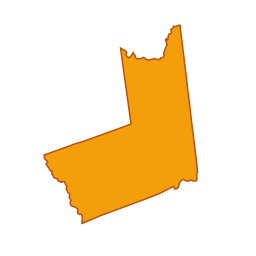 São José dos Quatro Marcos, Mato Grosso, Brazil (Equal Earth projection), rotated 336°
{"feature_id": "56859067B37097100035842", "entity_name": "São José dos Quatro Marcos", "entity_type": "district", "adm_level": 2, "iso_a3": "BRA", "parent_name": "Brazil", "parent_adm1": "Mato Grosso", "projection": "equal_earth", "projection_center": [-58.29, -15.532], "detail": "fine", "context": "isolated", "style": "filled", "palette": "amber", "viewbox_px": 256, "rotation_deg": 336, "n_neighbors": 0, "source": "geoboundaries", "source_scale": "gbopen_adm2", "svg_char_len": 2695}
<svg xmlns="http://www.w3.org/2000/svg" viewBox="0 0 256 256"><g transform="rotate(336 128 128)"><path d="M71.0,120.7L67.3,120.6L42.9,118.7L40.3,118.5L40.3,120.0L39.2,121.3L39.6,122.9L40.2,124.4L40.6,125.7L40.5,127.0L39.5,127.1L38.6,127.4L38.6,129.1L38.9,130.4L39.5,132.3L39.4,134.1L39.7,135.6L41.1,136.6L40.4,137.9L39.6,139.3L40.2,141.0L40.1,143.1L41.2,144.3L41.9,145.1L43.0,145.7L42.7,148.0L43.9,148.9L44.6,150.4L45.5,150.7L46.5,150.2L47.7,150.8L48.2,152.3L47.9,154.5L48.8,156.0L48.0,156.9L47.1,157.7L46.8,159.3L46.9,160.9L46.8,162.6L47.7,163.9L47.6,165.8L46.4,166.7L45.9,168.1L46.5,169.5L46.4,171.3L45.5,171.8L44.6,172.9L44.3,174.8L45.0,176.4L45.8,177.4L47.1,178.3L48.0,179.5L48.5,180.5L48.9,181.6L48.8,183.1L47.6,184.1L47.4,185.7L48.5,187.0L49.5,187.5L50.4,188.3L50.1,189.9L49.8,191.5L49.0,193.1L48.2,194.3L47.5,195.2L47.2,196.5L52.1,196.6L58.1,196.8L66.0,196.8L79.8,197.7L92.2,198.5L102.4,199.2L103.6,199.2L104.6,199.3L117.1,200.1L119.2,200.2L123.9,200.4L125.6,200.5L127.7,200.6L128.7,200.7L132.9,200.5L138.4,200.2L139.7,200.1L145.9,199.9L146.0,201.3L145.9,202.7L147.6,203.3L149.9,202.5L150.6,201.4L151.6,200.6L152.6,199.1L153.7,198.4L156.2,197.4L157.8,197.6L158.6,198.7L159.3,199.9L160.2,200.5L161.3,200.7L162.5,201.3L163.9,201.1L164.8,201.4L165.8,202.7L167.4,203.7L168.7,204.0L170.4,202.6L170.9,200.7L172.0,198.0L173.5,196.9L176.2,188.6L176.9,186.4L177.4,184.7L178.7,180.9L179.2,179.1L179.8,177.0L181.0,173.3L181.6,171.3L182.4,168.6L183.0,166.8L184.5,162.0L185.6,158.2L187.9,150.4L188.7,147.8L189.7,144.8L190.5,142.3L191.0,140.7L192.2,136.8L194.4,129.7L195.8,125.1L196.2,123.6L197.0,121.1L197.6,118.8L198.3,116.7L199.4,113.4L200.3,110.5L200.7,109.2L203.3,101.0L205.4,94.2L205.9,92.1L208.7,83.5L209.8,79.5L212.4,71.4L213.9,66.4L216.4,57.8L217.4,55.5L216.2,54.7L213.1,54.6L211.8,54.4L210.9,53.6L210.2,54.7L209.3,55.2L207.4,55.3L206.9,56.9L206.5,58.5L205.7,59.1L204.0,58.8L202.6,59.9L201.9,60.7L201.2,62.1L200.0,63.7L199.7,62.1L197.9,62.8L198.0,64.0L197.8,65.3L197.6,67.3L196.9,68.4L196.0,69.0L194.6,70.5L193.5,71.7L192.3,72.7L191.5,73.9L190.7,74.7L190.5,76.7L189.0,77.5L188.1,77.7L186.2,77.4L185.2,78.0L183.6,77.7L181.1,76.3L180.1,75.0L179.0,75.3L177.5,74.9L176.4,74.6L175.0,74.5L173.7,73.9L173.0,73.0L171.9,71.4L171.4,70.2L170.5,69.6L169.3,70.1L168.0,69.9L166.7,69.6L165.5,68.7L164.1,68.2L163.5,66.8L164.0,64.9L163.3,63.3L163.6,61.3L162.0,62.2L160.2,63.3L158.9,63.9L157.0,63.9L156.1,61.8L155.8,60.6L156.3,59.4L157.2,59.0L157.5,57.7L156.7,55.5L155.7,55.1L155.0,53.8L153.7,52.0L152.3,56.8L145.4,80.3L142.1,92.0L140.9,96.1L135.8,113.8L134.3,118.8L132.7,124.4L132.4,125.5L129.1,125.4L114.8,124.4L85.0,122.3L82.7,122.1L71.0,120.7Z" fill="#f59e0b" stroke="#b45309" stroke-width="1.5"/></g></svg>